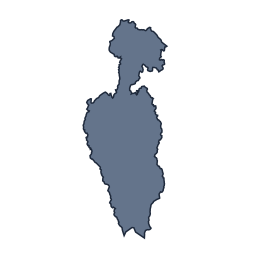 outline of Dois Irmãos do Buriti, Mato Grosso do Sul, Brazil, rotated 9°
{"feature_id": "56859067B95932386294649", "entity_name": "Dois Irmãos do Buriti", "entity_type": "district", "adm_level": 2, "iso_a3": "BRA", "parent_name": "Brazil", "parent_adm1": "Mato Grosso do Sul", "projection": "robinson", "projection_center": [-55.365, -20.59], "detail": "fine", "context": "isolated", "style": "filled", "palette": "slate", "viewbox_px": 256, "rotation_deg": 9, "n_neighbors": 0, "source": "geoboundaries", "source_scale": "gbopen_adm2", "svg_char_len": 5824}
<svg xmlns="http://www.w3.org/2000/svg" viewBox="0 0 256 256"><g transform="rotate(9 128 128)"><path d="M141.0,234.9L142.1,231.0L147.5,225.7L149.4,225.6L151.8,229.6L161.4,234.1L161.0,230.4L160.7,229.2L161.3,226.5L163.0,225.4L164.4,225.3L165.3,224.9L166.0,224.2L166.4,223.4L165.9,222.7L165.0,222.1L163.2,218.9L163.2,218.2L162.8,217.3L163.2,215.8L162.4,213.4L162.7,212.2L163.2,211.4L163.4,209.8L163.4,209.0L162.9,207.5L162.8,205.7L162.6,204.8L162.8,202.1L162.7,201.0L163.0,199.7L164.5,197.6L164.7,196.6L167.7,194.0L170.2,192.5L170.1,191.7L169.2,189.1L169.1,188.2L170.1,186.0L171.0,186.2L171.8,185.8L172.5,184.2L172.4,183.3L172.8,181.1L172.4,180.6L172.8,179.2L172.7,177.2L172.3,176.3L172.2,175.5L171.7,173.9L171.3,171.8L170.6,171.8L170.2,170.8L169.4,170.2L169.9,167.9L169.5,166.8L169.0,166.3L168.9,165.5L168.0,163.5L167.4,162.9L166.3,163.1L164.9,161.0L164.3,161.2L162.3,159.5L162.1,155.7L161.6,155.0L161.2,153.6L160.6,153.0L159.6,152.8L159.3,152.2L158.6,152.0L158.8,149.9L160.0,148.6L160.7,147.1L160.4,146.1L160.4,145.3L160.7,144.4L159.6,143.1L160.1,141.3L160.1,140.5L161.1,138.2L161.0,137.4L160.4,137.1L160.5,136.2L160.8,135.0L161.8,134.7L162.9,132.2L162.6,130.3L161.9,130.3L161.1,129.2L161.2,128.0L162.1,127.1L162.0,126.4L162.1,125.7L161.4,123.6L160.7,123.2L160.2,121.9L159.9,120.7L160.1,119.5L160.1,118.3L158.9,116.6L158.1,116.2L157.0,115.2L156.1,115.2L154.9,113.5L154.6,112.8L154.9,112.1L155.4,111.5L155.3,110.8L154.0,110.7L153.5,110.3L152.7,109.5L152.8,108.2L151.4,107.4L151.5,106.2L152.2,105.3L152.6,103.9L151.9,101.9L151.1,101.9L150.4,102.6L149.8,101.9L149.4,101.0L148.6,101.2L147.9,100.3L147.9,96.7L148.1,95.7L147.5,95.1L148.1,94.8L147.3,94.3L146.5,94.3L145.6,94.0L144.9,92.7L143.7,91.8L142.8,90.6L141.3,89.6L140.6,88.2L141.1,86.6L140.8,85.9L138.8,85.1L137.3,84.0L136.6,84.6L135.8,84.6L135.0,85.0L134.7,86.7L133.8,86.8L133.1,87.3L132.8,88.0L132.9,89.2L132.7,90.5L131.9,89.6L130.8,89.8L131.9,92.3L132.0,93.1L131.4,93.9L130.9,93.5L129.8,91.8L128.3,92.9L127.3,93.0L126.0,93.8L126.2,92.9L125.4,91.9L125.0,91.1L123.8,90.6L123.6,89.6L123.4,88.3L123.8,86.0L124.1,85.2L124.6,84.6L125.5,84.5L127.7,83.4L128.2,82.9L128.1,82.0L128.7,80.9L129.3,80.1L130.8,79.4L131.1,77.9L131.8,77.3L131.8,76.2L130.4,74.7L130.5,71.6L130.7,70.5L131.2,69.9L133.0,70.8L133.7,70.1L133.8,67.9L133.3,67.0L133.1,66.2L132.1,65.0L132.5,63.3L133.0,62.6L134.9,63.4L135.7,64.3L136.6,64.8L138.0,65.0L138.4,65.7L138.2,67.5L138.7,68.2L141.0,68.7L143.1,67.8L143.2,66.7L142.9,65.5L143.0,64.3L144.5,64.1L146.7,64.4L147.9,65.9L148.8,66.1L149.6,67.7L150.4,67.2L151.1,66.2L152.8,65.0L153.4,64.1L153.2,63.1L152.2,61.9L152.0,61.1L152.5,60.3L153.3,60.0L154.1,59.3L153.9,58.3L153.4,57.4L153.2,55.5L152.8,55.1L151.9,55.0L151.3,55.6L150.4,55.1L149.3,55.9L148.4,55.7L148.3,54.8L148.5,53.8L149.7,52.4L148.8,51.1L148.9,49.8L148.7,48.7L148.9,47.6L148.7,46.5L148.1,45.8L148.8,45.3L149.8,45.3L150.4,46.0L151.3,46.3L151.8,45.9L151.7,42.3L152.5,42.1L153.6,41.1L147.8,37.9L146.9,36.0L146.1,35.3L143.6,33.8L141.9,31.6L139.7,29.9L138.1,28.8L137.4,28.6L136.6,28.7L135.8,28.3L134.7,26.4L134.7,25.4L133.8,25.2L133.2,25.4L132.7,26.1L131.6,26.8L131.4,27.7L130.5,28.9L129.9,29.1L128.6,28.6L127.9,28.5L127.1,28.8L126.3,28.7L124.4,29.2L122.4,29.0L121.4,27.9L119.9,28.0L119.3,27.4L119.4,24.6L118.8,23.9L117.9,23.6L117.1,22.4L116.4,22.1L115.1,22.5L114.6,23.5L113.7,23.9L112.7,24.0L111.8,23.6L111.6,22.8L112.0,22.3L112.1,21.2L111.3,21.1L107.5,23.0L106.5,23.1L105.1,22.1L104.5,22.2L103.8,23.0L104.0,24.5L103.8,27.3L102.3,29.5L101.4,30.1L98.9,34.7L98.2,37.2L98.3,39.5L99.8,39.9L100.5,41.6L98.4,44.2L96.5,45.4L96.6,46.1L97.1,46.6L97.3,47.4L97.4,48.9L96.9,51.1L97.0,52.9L97.2,53.9L97.6,54.6L98.8,55.8L102.9,57.5L103.3,58.9L104.1,59.4L105.3,59.4L105.9,58.8L106.6,59.1L107.2,60.3L108.1,60.3L108.7,60.2L108.9,59.4L109.5,58.9L109.5,59.7L110.0,60.3L110.8,60.7L109.8,63.1L109.5,64.6L110.3,65.1L110.7,65.9L110.2,66.5L109.4,66.8L109.7,68.4L109.2,69.5L109.9,70.0L110.1,70.9L109.5,71.7L110.2,73.0L110.3,73.9L110.1,74.8L110.6,75.2L111.0,76.4L111.1,77.2L112.1,80.0L112.2,81.3L111.9,82.2L111.9,83.1L112.3,85.7L112.1,86.7L111.4,87.4L111.2,88.7L111.6,89.6L111.2,91.7L110.8,92.3L109.8,92.3L110.1,93.2L110.8,93.7L111.1,94.7L110.4,95.7L109.7,96.1L108.9,97.5L108.8,99.8L108.2,100.8L107.5,100.3L106.1,97.9L105.6,96.5L104.8,96.8L105.0,98.0L104.4,98.8L103.6,98.6L102.4,97.4L100.2,96.1L99.3,96.5L97.6,97.9L95.3,100.2L94.8,101.0L94.3,102.5L92.4,103.8L90.7,106.3L90.2,108.0L89.7,108.6L88.5,109.1L87.7,109.0L87.4,108.4L87.2,105.0L86.4,105.0L83.9,107.1L83.2,109.1L84.1,110.4L85.6,111.5L84.8,114.9L84.3,115.8L85.8,116.9L87.1,117.2L86.8,118.1L85.5,118.8L85.0,119.6L84.6,121.8L84.7,122.7L84.1,124.4L84.0,125.4L84.5,126.1L83.7,128.1L83.8,130.8L83.3,132.2L84.0,134.0L84.1,135.8L84.6,136.7L85.5,136.7L85.5,138.0L87.0,139.6L87.7,139.9L88.3,139.5L89.4,140.9L89.4,143.2L88.4,143.5L88.1,144.3L88.8,144.8L89.0,145.5L88.9,146.3L90.4,147.5L90.5,148.3L90.2,149.2L90.1,150.2L91.1,151.6L91.7,151.3L92.4,151.8L92.2,152.4L92.6,153.2L93.3,153.7L94.0,153.6L94.0,154.4L94.2,155.1L95.1,154.7L95.8,155.9L96.1,157.0L95.8,157.9L96.0,158.9L95.7,159.9L94.8,161.2L95.5,163.5L97.0,164.4L97.8,164.3L99.9,166.1L100.6,166.9L101.3,167.3L102.0,167.4L106.8,171.0L106.9,172.0L106.7,172.8L108.1,173.6L108.1,175.6L108.7,177.3L109.3,177.6L109.2,178.3L110.1,179.4L111.4,180.4L111.0,181.2L111.3,184.2L112.6,184.8L113.6,186.5L114.3,186.9L116.0,186.9L117.5,187.3L118.6,188.5L118.8,189.3L118.4,190.3L117.9,193.1L119.7,194.6L120.4,196.3L121.5,197.9L121.7,199.9L122.4,200.6L122.8,201.4L121.9,203.4L121.6,204.8L122.9,205.6L123.7,208.2L124.5,208.8L125.4,209.2L125.9,208.5L128.1,209.5L127.3,210.8L127.3,212.6L128.1,213.7L127.6,215.3L127.9,216.1L129.6,217.6L130.2,217.6L130.9,217.9L131.6,219.4L132.6,220.4L133.0,221.5L133.8,222.4L133.4,223.5L134.1,224.6L135.3,225.9L136.2,226.3L137.7,227.4L138.5,229.9L141.0,234.9Z" fill="#64748b" stroke="#1e293b" stroke-width="1.5"/></g></svg>